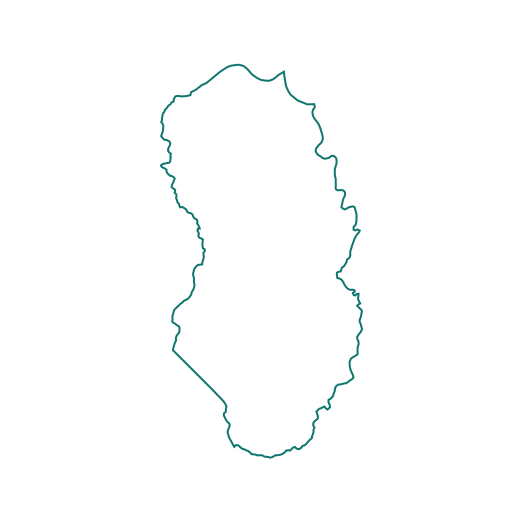 the district of Jaguarão, Rio Grande do Sul, Brazil, rotated 227°
{"feature_id": "56859067B71859783217554", "entity_name": "Jaguarão", "entity_type": "district", "adm_level": 2, "iso_a3": "BRA", "parent_name": "Brazil", "parent_adm1": "Rio Grande do Sul", "projection": "robinson", "projection_center": [-53.354, -32.403], "detail": "fine", "context": "isolated", "style": "outline", "palette": "teal", "viewbox_px": 512, "rotation_deg": 227, "n_neighbors": 0, "source": "geoboundaries", "source_scale": "gbopen_adm2", "svg_char_len": 5556}
<svg xmlns="http://www.w3.org/2000/svg" viewBox="0 0 512 512"><g transform="rotate(227 256 256)"><path d="M265.1,149.9L263.0,150.3L261.6,150.6L259.3,151.0L257.0,151.7L255.5,151.0L254.3,149.8L252.8,148.3L252.3,146.6L252.0,144.1L251.0,141.9L249.9,140.8L248.6,139.8L247.9,137.4L246.7,135.5L245.7,133.8L244.8,132.3L243.6,131.0L189.9,132.9L172.0,133.2L170.5,132.9L168.8,132.7L166.1,131.8L165.0,130.0L163.9,129.0L162.6,127.3L162.8,125.3L161.3,123.7L159.3,123.1L157.5,122.6L155.9,122.1L153.8,122.0L151.7,122.2L150.3,121.5L149.1,119.7L148.4,118.2L147.5,116.2L146.1,114.7L144.0,113.8L142.1,112.7L131.3,109.9L131.4,112.3L129.8,113.8L128.3,114.0L126.2,114.2L124.2,114.5L122.6,115.6L121.0,116.2L118.7,117.3L116.1,117.7L114.0,117.6L112.8,118.8L111.4,120.0L108.9,121.3L107.6,123.1L105.8,124.7L103.7,125.3L102.3,126.4L100.5,128.0L98.8,128.9L97.9,130.5L97.4,132.4L97.0,134.5L95.8,135.6L94.7,137.2L93.7,138.9L93.2,140.8L92.7,142.9L93.2,145.2L91.9,147.2L90.5,148.2L90.5,150.3L90.6,152.3L89.9,154.2L87.7,154.3L86.4,154.8L85.3,156.0L84.9,158.1L85.4,160.4L84.3,162.6L84.4,165.9L84.8,168.3L84.9,170.3L84.7,172.7L85.9,173.9L86.6,175.5L87.4,177.0L88.3,178.3L89.8,179.7L90.7,181.8L93.1,182.3L94.8,184.1L95.2,186.3L95.0,188.3L94.9,190.2L96.7,192.1L98.6,192.9L101.0,194.1L101.2,197.4L99.8,201.5L99.2,203.4L96.9,203.2L95.1,203.4L94.8,205.3L95.1,207.3L97.4,208.6L99.8,209.3L101.3,211.0L100.7,213.6L101.1,217.1L102.3,218.7L103.6,221.6L105.4,223.5L106.1,226.0L105.9,228.4L104.6,230.0L103.6,231.8L102.8,233.4L101.5,235.1L101.1,237.1L100.9,239.8L100.5,241.9L100.5,244.3L103.3,245.9L105.3,246.4L107.0,247.1L108.8,247.8L110.7,248.9L112.7,250.4L114.9,252.5L116.2,255.5L115.9,257.7L115.2,260.5L114.8,263.1L115.9,264.3L117.5,265.7L118.8,266.9L120.2,268.5L121.4,270.8L122.7,272.0L124.4,273.0L126.0,273.4L127.8,274.6L128.4,276.8L128.7,278.4L128.9,280.1L129.5,282.0L130.1,283.6L131.8,284.5L133.6,285.5L135.1,286.3L136.9,286.8L138.5,288.1L139.2,289.7L140.5,291.9L142.1,294.0L143.5,295.9L145.2,296.4L147.3,296.1L149.1,296.1L150.6,296.1L150.7,297.9L150.2,299.8L152.5,300.4L155.3,301.5L156.8,303.4L158.4,305.2L159.6,303.7L159.4,301.7L160.8,300.8L162.9,301.6L162.6,304.0L163.9,304.7L165.6,303.6L166.7,302.0L168.0,301.4L169.5,300.8L171.1,300.7L173.5,300.9L175.4,301.3L177.4,302.0L179.2,302.3L181.0,302.3L182.8,301.5L184.6,300.5L186.0,301.7L187.6,302.6L188.6,304.0L188.0,305.9L187.0,307.3L187.7,308.9L188.8,310.6L188.6,313.5L189.1,315.7L189.8,317.9L191.3,320.2L191.0,322.8L191.7,324.8L193.3,326.5L194.8,327.7L195.7,329.2L196.6,330.8L198.6,334.3L200.2,337.5L201.2,339.3L201.8,341.0L202.4,342.9L202.9,344.7L203.0,347.1L203.9,349.3L206.2,348.3L207.0,346.0L208.7,345.3L210.8,347.4L210.9,350.2L211.9,351.8L213.1,353.3L214.4,354.6L216.3,356.4L217.4,357.6L220.1,359.2L222.6,360.4L224.4,361.4L226.0,360.9L227.1,359.3L228.5,356.6L228.9,354.1L229.9,352.4L231.7,351.9L233.3,351.7L234.4,353.0L235.5,354.9L236.6,356.2L238.1,358.5L239.0,361.0L240.1,363.1L241.9,364.5L243.7,364.6L245.0,364.3L246.2,363.2L248.2,360.7L250.0,360.0L251.4,360.5L252.7,362.1L255.5,364.5L257.9,366.8L261.0,368.5L263.6,370.8L265.9,373.0L267.5,375.8L268.7,378.0L271.2,380.3L272.8,381.3L274.9,381.4L276.4,381.0L277.8,379.4L278.0,376.5L279.6,373.4L281.0,372.1L282.6,371.4L284.8,371.2L286.6,370.5L289.2,370.3L291.8,371.0L293.7,373.2L294.3,377.3L294.3,380.3L294.7,382.4L296.1,384.7L297.8,386.2L300.9,387.9L305.5,390.1L308.6,391.4L311.2,392.0L314.4,392.2L317.1,392.6L318.9,393.1L320.7,393.8L322.7,395.4L324.1,397.4L324.3,399.4L325.1,400.8L327.4,402.1L331.8,397.0L341.4,392.5L350.4,391.3L354.7,392.1L359.9,393.9L368.7,399.8L371.7,402.1L373.0,396.3L373.3,390.7L373.8,388.4L375.2,385.1L378.5,381.9L381.9,379.5L386.2,378.0L391.6,376.9L398.3,377.2L402.7,376.7L405.2,375.5L407.9,373.6L412.0,367.9L413.7,364.0L414.6,359.2L415.3,354.7L416.3,337.6L417.9,333.2L418.6,325.3L420.1,320.3L418.4,317.7L419.5,315.7L420.9,313.5L423.0,310.9L424.8,309.3L426.6,307.8L427.7,305.8L426.7,302.7L425.2,301.2L425.9,298.9L425.3,296.8L425.7,294.5L425.3,292.8L425.0,291.0L425.0,288.9L424.0,287.5L423.7,285.4L423.0,283.9L421.7,282.5L420.9,281.1L419.4,279.9L418.6,278.0L416.5,277.9L414.7,277.2L412.3,274.9L410.7,272.8L409.6,270.8L408.4,268.4L405.9,268.1L403.3,268.4L402.0,269.6L400.2,270.3L398.5,270.8L396.9,270.1L395.8,268.8L395.1,266.8L394.4,265.1L393.2,263.6L390.6,263.1L388.9,263.5L387.6,261.6L386.1,260.8L385.0,259.2L383.7,257.8L383.4,256.1L384.6,254.4L385.5,252.6L386.7,251.3L387.1,248.3L385.2,247.7L383.8,248.3L382.0,249.1L380.2,249.4L378.7,248.1L376.6,247.6L374.6,247.8L372.9,248.1L371.4,249.2L369.5,249.6L368.1,249.4L367.0,247.2L366.1,245.0L365.3,243.1L364.2,241.4L362.3,241.4L360.0,242.0L358.7,241.3L357.9,239.7L355.5,239.8L354.1,238.7L352.9,237.1L350.8,236.3L348.8,235.2L346.6,235.2L345.0,234.3L343.4,233.7L342.3,235.4L340.5,236.0L338.9,236.5L337.1,236.6L335.6,235.9L333.9,236.1L332.5,237.1L330.8,237.8L329.2,237.7L327.9,237.1L326.5,236.7L324.9,236.9L322.9,237.5L320.8,236.4L319.9,235.0L318.3,234.9L316.0,234.3L314.4,233.5L315.6,232.1L314.4,230.4L312.7,230.0L311.4,229.6L310.4,228.0L309.2,227.1L307.4,227.3L305.9,228.0L304.3,228.5L300.8,224.4L297.8,222.4L296.2,223.1L294.6,222.2L294.2,219.8L292.7,218.4L290.5,216.9L289.4,214.9L288.0,212.6L286.6,210.9L287.7,209.4L289.1,207.3L289.1,204.5L288.6,202.1L287.3,200.0L286.0,197.9L283.9,196.4L282.2,195.6L280.2,193.6L278.0,192.0L276.3,190.9L275.4,189.6L274.3,187.4L273.3,184.3L271.9,182.1L271.4,180.0L271.1,177.0L271.6,175.2L272.4,172.8L272.2,170.4L272.6,168.1L272.4,165.6L272.5,163.2L272.4,160.6L272.1,158.9L271.1,157.4L269.9,155.3L268.4,153.2L266.7,151.9L265.1,149.9Z" fill="none" stroke="#0f766e" stroke-width="2"/></g></svg>